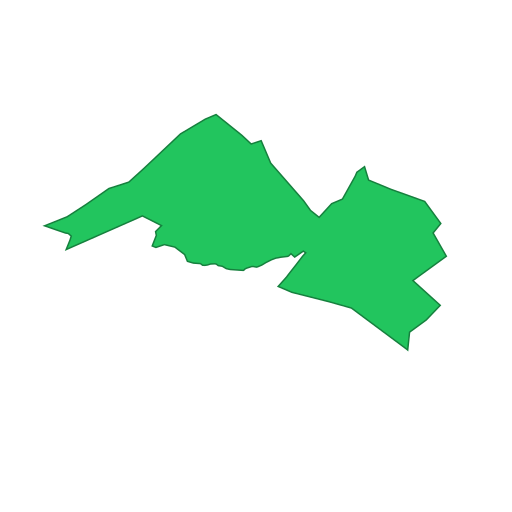 Okaikwei North Municipal, Greater Accra, Ghana, rotated 247°
{"feature_id": "2480657B77934780741907", "entity_name": "Okaikwei North Municipal", "entity_type": "district", "adm_level": 2, "iso_a3": "GHA", "parent_name": "Ghana", "parent_adm1": "Greater Accra", "projection": "equal_earth", "projection_center": [-0.223, 5.629], "detail": "fine", "context": "isolated", "style": "filled", "palette": "green", "viewbox_px": 512, "rotation_deg": 247, "n_neighbors": 0, "source": "geoboundaries", "source_scale": "gbopen_adm2", "svg_char_len": 1387}
<svg xmlns="http://www.w3.org/2000/svg" viewBox="0 0 512 512"><g transform="rotate(247 256 256)"><path d="M219.3,264.5L208.5,274.9L185.1,305.7L170.8,323.5L111.0,358.5L110.2,358.9L125.9,367.6L130.6,387.7L138.6,406.3L172.1,390.8L181.4,431.1L208.0,428.0L213.7,438.8L240.3,432.6L264.6,406.3L281.9,389.3L295.8,390.8L293.7,381.6L290.7,378.5L274.6,357.8L274.6,346.1L266.9,329.2L276.6,324.0L288.2,321.4L335.8,305.8L354.2,305.8L360.1,305.8L361.0,295.3L372.7,290.1L401.8,274.5L401.8,262.8L397.9,234.2L380.5,187.3L373.7,167.8L375.6,147.0L369.8,119.6L365.9,97.5L366.4,73.2L358.5,81.9L351.6,89.6L350.1,92.0L346.5,93.7L343.4,91.1L336.1,83.8L337.3,167.1L320.9,180.9L317.7,173.1L313.9,172.3L305.8,164.4L303.0,167.2L302.3,176.1L295.9,184.8L285.2,190.9L277.9,190.8L274.5,194.9L273.9,195.7L270.7,201.9L268.4,203.2L267.9,204.2L267.4,205.2L266.7,207.9L266.4,211.0L264.8,215.3L263.9,216.4L261.9,217.5L260.8,219.3L259.7,221.0L256.0,223.7L253.7,226.9L247.7,238.7L247.9,239.9L248.3,240.5L248.5,242.3L248.0,247.9L247.4,249.4L245.6,252.1L245.4,253.3L245.4,257.8L246.1,262.6L246.2,264.5L246.5,268.8L246.3,273.5L245.7,275.9L245.2,278.4L243.3,284.9L243.3,286.1L244.5,289.1L243.4,289.6L239.9,291.2L242.0,301.5L239.5,303.0L237.5,298.7L231.9,288.8L230.8,286.8L230.2,285.7L229.7,284.8L229.0,283.5L226.4,278.8L225.6,277.4L224.9,276.3L222.1,270.4L219.3,264.5Z" fill="#22c55e" stroke="#15803d" stroke-width="1.5"/></g></svg>